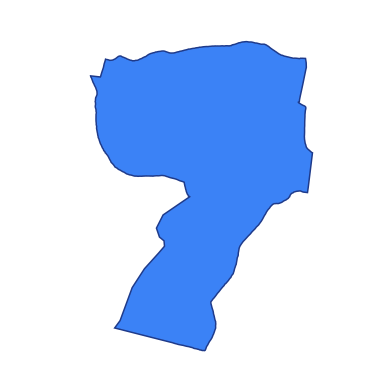 the district of Mbacke, Diourbel, Senegal, rotated 97°
{"feature_id": "50182788B63857747785645", "entity_name": "Mbacke", "entity_type": "district", "adm_level": 2, "iso_a3": "SEN", "parent_name": "Senegal", "parent_adm1": "Diourbel", "projection": "orthographic", "projection_center": [-15.86, 14.756], "detail": "fine", "context": "isolated", "style": "filled", "palette": "blue", "viewbox_px": 384, "rotation_deg": 97, "n_neighbors": 0, "source": "geoboundaries", "source_scale": "gbopen_adm2", "svg_char_len": 5868}
<svg xmlns="http://www.w3.org/2000/svg" viewBox="0 0 384 384"><g transform="rotate(97 192 192)"><path d="M70.7,294.0L72.4,294.2L75.6,294.8L79.2,295.1L84.7,296.2L88.5,296.8L89.0,297.0L89.1,306.8L89.8,306.6L90.1,306.5L90.5,306.0L93.2,304.6L94.2,304.1L95.2,303.6L96.9,302.4L98.2,301.7L100.0,300.4L101.5,299.7L102.8,299.0L103.7,298.6L106.6,298.1L108.4,298.5L110.2,299.1L111.4,299.1L113.0,299.0L114.2,299.1L115.0,298.7L116.8,298.4L118.6,298.5L119.9,298.2L120.8,297.8L122.0,297.3L123.6,297.1L124.9,296.6L126.8,296.7L127.6,296.6L131.3,296.2L133.4,295.9L135.5,295.4L136.7,295.3L138.6,294.6L140.4,294.5L142.0,294.0L144.0,293.4L145.7,292.8L146.7,292.6L148.1,292.0L149.4,291.7L151.0,290.7L152.3,290.2L155.2,288.8L156.4,287.9L159.3,286.2L160.1,285.4L161.7,284.6L162.6,283.4L163.8,282.8L164.1,282.1L165.1,281.3L165.9,280.3L167.5,279.1L168.9,278.2L170.1,277.4L171.2,276.5L172.4,275.9L173.6,274.3L174.6,273.2L175.4,272.4L176.5,271.6L177.5,269.2L178.3,268.1L178.7,267.2L179.1,265.8L179.6,264.8L180.3,263.2L180.6,261.9L181.3,260.5L182.0,259.1L182.2,257.7L182.6,256.2L182.6,255.2L182.7,253.9L183.1,251.9L183.2,250.7L183.0,249.2L183.0,247.4L182.7,246.1L182.5,244.1L182.1,242.0L181.7,239.7L181.5,237.8L181.1,234.2L181.0,232.6L180.7,231.6L180.2,229.3L180.0,227.2L179.7,225.9L179.3,224.4L179.2,223.2L179.2,221.0L179.7,219.0L179.8,218.1L180.3,216.0L180.5,214.6L180.8,211.9L181.0,210.3L181.4,208.4L181.8,207.1L182.3,205.5L182.5,204.3L182.8,202.5L183.3,200.9L184.6,200.6L185.9,200.1L186.9,199.8L188.0,199.3L189.8,198.7L190.8,198.2L192.2,197.7L194.8,196.3L195.5,195.5L196.5,195.1L196.5,194.5L197.0,193.7L204.1,201.8L218.3,217.9L232.2,222.9L240.7,218.8L243.9,213.8L249.2,212.7L256.7,217.7L273.9,229.8L294.2,239.7L328.4,247.7L336.4,252.2L343.6,195.9L343.9,193.3L344.4,190.9L344.7,188.6L345.0,186.9L345.2,184.1L345.3,182.1L345.6,180.1L345.8,178.5L345.9,176.4L346.2,174.4L346.4,172.6L347.0,170.9L347.1,168.6L347.3,167.3L347.4,166.2L347.8,165.0L347.8,163.7L348.1,162.6L347.9,161.1L347.9,160.1L347.4,159.6L346.1,159.2L343.7,158.7L341.7,157.7L339.9,157.1L338.2,156.4L337.0,155.7L336.0,155.2L334.7,154.6L333.5,154.2L332.8,154.0L331.7,153.8L330.8,153.4L329.5,153.1L328.2,152.8L325.6,152.3L324.7,152.0L323.7,152.0L321.9,152.3L320.6,152.3L319.6,152.4L318.9,152.6L317.9,152.7L315.9,153.7L312.4,154.9L310.3,155.8L309.0,156.1L307.5,156.6L305.8,157.4L304.0,158.2L302.4,158.8L301.7,159.1L300.7,159.5L299.7,159.8L298.5,159.8L297.6,159.2L295.6,158.1L294.4,157.2L292.6,156.1L291.0,155.2L289.5,154.4L287.8,153.2L286.3,152.3L284.6,151.3L282.3,149.8L281.0,148.8L279.5,148.2L278.7,147.3L275.3,145.0L274.2,144.5L272.9,143.7L272.1,143.0L271.1,142.8L269.5,142.1L268.9,141.6L267.9,141.1L266.9,141.0L265.7,140.7L263.9,140.5L262.4,140.3L260.9,139.9L259.9,139.8L258.4,139.3L257.6,139.3L253.7,139.1L252.5,139.1L251.5,139.0L250.2,138.6L249.0,138.4L247.4,138.6L246.5,138.6L245.5,138.5L244.5,138.5L243.8,138.4L242.6,138.4L241.9,138.3L240.9,138.1L239.2,137.5L239.1,137.4L238.0,136.9L234.9,135.2L232.5,133.4L228.8,130.8L226.4,128.9L224.1,127.5L220.5,124.7L219.0,123.9L216.6,121.9L215.1,121.1L212.4,119.6L210.4,118.7L206.7,117.3L204.7,116.3L202.9,115.7L201.3,114.9L200.0,114.2L198.7,113.2L196.9,112.3L195.6,111.3L194.4,110.3L193.6,109.1L193.4,108.0L193.1,106.7L193.0,105.1L192.6,104.1L192.0,102.9L191.4,101.8L190.7,100.9L189.8,100.0L189.1,98.9L188.4,97.7L187.4,96.7L186.6,95.7L185.4,95.1L184.8,94.5L183.4,94.3L181.3,93.1L180.4,91.5L179.6,90.8L178.5,88.1L177.7,84.7L178.5,81.8L178.5,77.3L172.9,77.2L138.4,77.2L138.3,77.7L137.3,79.3L136.4,80.5L135.8,81.5L135.1,82.5L134.3,83.3L133.5,84.0L132.5,84.4L131.2,84.9L129.9,85.6L128.5,86.0L125.7,86.8L124.4,87.0L123.5,87.2L122.0,87.3L119.5,87.5L117.7,87.7L114.7,88.1L112.7,88.2L110.2,88.5L108.3,88.7L105.8,88.9L103.1,89.1L101.6,89.3L97.4,89.4L95.4,89.2L94.6,89.3L94.1,89.4L93.7,89.6L93.4,90.0L93.1,90.4L92.8,91.1L92.6,91.8L92.4,92.6L92.0,93.5L91.7,94.3L91.3,95.2L90.9,95.9L90.5,96.9L90.2,97.2L90.0,97.4L89.8,97.4L89.3,96.5L86.9,96.5L83.1,96.2L77.8,95.7L71.0,95.1L57.2,94.0L54.4,93.7L49.9,94.4L45.6,95.6L45.8,98.5L45.9,99.4L46.0,100.5L46.5,101.5L46.5,102.8L46.5,104.4L46.6,106.2L46.9,108.0L46.7,109.0L46.5,111.4L46.3,112.6L46.2,114.1L46.0,115.3L45.9,116.8L45.6,117.9L45.3,119.0L45.3,120.1L44.8,121.2L44.4,122.4L43.8,123.5L43.5,124.2L42.8,125.3L42.4,126.4L41.8,127.2L41.5,128.0L40.3,130.3L39.7,131.4L38.9,132.7L38.1,133.8L37.7,135.0L37.1,135.9L36.8,137.0L36.5,138.1L36.6,139.4L36.9,141.3L36.5,144.5L36.3,145.9L36.4,147.4L36.1,149.2L35.9,151.0L36.0,152.6L36.2,153.6L36.1,155.1L36.1,156.5L36.7,158.9L36.9,160.0L37.3,161.2L37.9,162.4L38.2,163.7L38.9,164.9L39.6,166.3L40.1,167.2L40.8,169.2L41.1,170.1L41.9,170.8L42.1,172.0L42.5,172.9L42.5,173.8L42.6,175.1L42.8,176.5L43.2,177.9L43.2,179.4L43.4,180.7L43.7,182.1L44.0,184.8L44.2,186.1L44.2,186.9L44.5,187.8L44.6,188.9L44.8,190.1L45.0,190.8L45.4,192.8L45.7,193.8L45.8,195.1L46.0,196.1L46.2,197.1L46.4,198.1L46.7,199.2L47.3,201.3L47.4,202.3L47.9,203.4L48.2,204.7L48.6,206.1L49.0,206.9L49.3,208.4L49.6,209.4L49.9,210.2L50.4,211.6L50.6,212.9L51.1,213.9L51.6,215.1L52.3,217.1L52.7,217.9L53.1,219.0L53.5,219.9L53.7,220.9L54.4,222.3L54.6,222.9L54.8,223.7L55.6,225.4L56.1,226.6L56.3,227.5L56.4,228.3L56.6,229.3L56.7,230.7L56.6,231.7L56.3,233.0L56.0,234.4L55.9,235.1L55.6,236.0L55.5,237.3L55.7,238.9L56.2,240.4L56.8,242.9L57.2,243.8L57.6,245.4L58.3,246.4L58.5,247.4L59.0,248.4L59.6,249.9L60.2,250.9L60.9,252.0L61.9,253.1L62.7,253.9L63.3,254.6L63.8,255.8L64.3,256.4L64.6,257.0L65.6,258.2L66.0,259.0L66.4,259.9L67.0,260.7L67.5,261.4L68.0,262.4L68.1,263.3L68.3,264.3L68.7,264.9L68.9,266.1L69.0,267.2L68.7,268.1L68.7,269.1L68.5,270.1L68.2,271.1L68.0,272.1L67.7,273.0L67.3,273.9L67.0,275.2L66.6,276.4L66.5,277.4L66.1,278.3L65.7,279.2L65.8,280.2L66.1,281.0L66.5,281.7L68.1,283.3L69.1,284.3L70.7,286.8L71.0,287.8L71.2,288.8L71.4,289.8L71.1,290.5L71.0,291.4L70.9,292.0L70.9,292.8L70.8,293.6L70.7,294.0Z" fill="#3b82f6" stroke="#1e3a8a" stroke-width="1.5"/></g></svg>